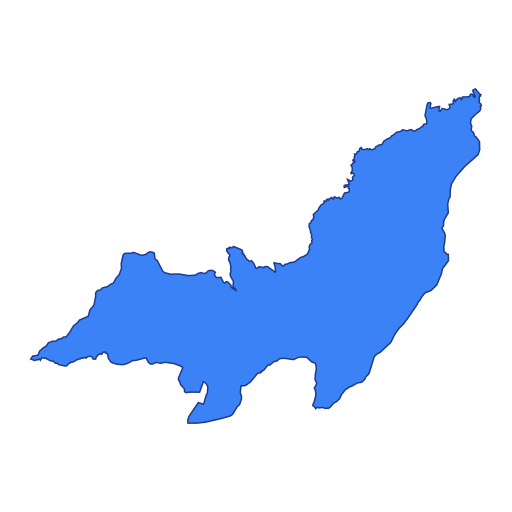 Albania, Santander, Colombia
{"feature_id": "7082276B24505631438522", "entity_name": "Albania", "entity_type": "district", "adm_level": 2, "iso_a3": "COL", "parent_name": "Colombia", "parent_adm1": "Santander", "projection": "albers", "projection_center": [-73.837, 5.791], "detail": "fine", "context": "isolated", "style": "filled", "palette": "blue", "viewbox_px": 512, "rotation_deg": 0, "n_neighbors": 0, "source": "geoboundaries", "source_scale": "gbopen_adm2", "svg_char_len": 6051}
<svg xmlns="http://www.w3.org/2000/svg" viewBox="0 0 512 512"><path d="M424.9,293.0L431.0,290.5L436.7,285.1L441.4,273.8L442.4,268.8L448.5,260.7L448.3,254.3L446.5,254.2L445.6,252.7L444.2,251.7L444.0,250.7L443.8,246.1L444.5,243.6L445.3,235.6L444.6,233.1L441.9,228.2L443.5,225.9L443.7,221.7L444.4,219.4L448.3,212.9L447.7,204.0L448.7,199.4L450.1,196.8L450.4,189.0L451.6,183.7L456.0,176.4L464.5,166.7L478.0,154.7L479.7,149.8L479.5,141.7L476.2,137.1L474.7,136.2L473.6,132.8L471.0,130.1L471.8,126.2L470.5,123.1L471.1,118.9L475.5,114.4L479.8,111.0L480.8,108.4L480.1,107.0L481.3,105.9L480.9,104.1L478.9,102.2L479.5,100.7L479.1,98.5L479.4,96.8L479.6,96.1L480.5,96.1L480.9,94.6L479.7,94.1L475.5,88.9L473.4,89.7L472.7,90.7L475.1,96.2L474.9,97.3L474.2,97.4L472.3,94.2L471.4,94.0L470.3,94.5L469.5,96.4L468.8,96.8L462.4,97.0L461.6,99.6L460.2,97.8L458.6,98.1L456.3,99.9L455.5,101.5L454.7,101.1L454.7,99.7L454.2,99.2L453.2,101.1L453.2,103.6L452.3,104.1L449.2,104.4L449.9,107.7L449.5,108.4L447.3,109.7L442.0,108.5L440.3,111.2L439.2,111.4L438.9,109.9L439.6,106.5L438.8,106.4L430.2,108.4L429.9,107.7L430.9,103.4L430.1,102.5L428.4,102.7L427.7,103.3L427.0,105.2L425.0,115.7L426.4,118.9L426.9,123.1L426.3,123.8L423.7,124.3L422.6,126.5L421.5,126.8L419.4,128.6L417.0,129.5L415.6,130.8L413.4,131.0L411.6,129.7L410.4,129.6L407.0,130.9L402.7,129.7L400.7,131.4L396.5,132.3L393.6,134.9L391.8,135.8L390.0,137.9L387.5,138.8L383.9,141.1L382.1,144.3L381.0,144.9L379.1,144.9L378.4,145.6L375.9,146.6L374.8,148.6L373.0,149.4L371.2,149.7L369.7,148.7L368.4,149.6L367.3,148.7L364.2,149.7L362.1,149.3L361.2,147.5L359.8,148.5L359.2,151.2L357.4,151.7L356.3,154.0L354.5,154.0L354.8,155.9L354.2,157.3L354.4,158.9L352.8,160.1L353.0,160.7L354.5,160.8L354.9,161.9L353.4,162.4L352.3,164.3L351.0,165.1L352.2,167.5L352.3,170.8L350.8,173.1L351.4,173.7L353.2,173.2L354.3,174.5L354.3,175.4L352.5,177.2L352.8,179.9L350.8,181.2L347.5,179.4L349.2,184.2L348.8,184.8L345.4,185.0L344.1,185.7L344.3,187.5L346.9,186.5L348.6,186.7L348.3,188.0L349.1,188.6L349.3,191.3L348.7,192.2L344.5,193.0L342.0,198.2L341.2,198.7L340.1,198.7L339.2,197.3L337.2,198.1L334.6,196.8L334.0,197.1L333.9,198.4L333.4,199.1L332.7,198.9L331.7,197.4L330.5,198.4L329.2,198.6L328.6,200.1L327.4,199.2L326.5,199.5L326.3,201.4L324.2,200.9L323.6,203.5L321.0,205.1L318.8,208.2L318.2,210.0L313.3,214.5L313.9,217.0L313.3,217.8L313.4,219.2L312.6,220.2L312.2,220.0L311.3,220.8L311.0,222.3L309.1,224.0L309.4,225.6L309.0,226.6L310.4,230.2L310.6,232.7L311.6,234.3L311.5,237.4L312.4,239.3L311.7,240.6L312.0,242.8L310.1,244.5L309.1,246.9L309.6,249.1L308.0,252.9L307.3,254.1L304.0,256.3L300.7,257.4L294.6,261.9L289.5,262.8L287.1,264.1L285.1,264.2L283.3,266.0L281.3,265.0L280.4,263.7L277.1,263.5L274.2,262.7L273.9,263.0L275.2,267.1L275.5,271.8L275.2,272.2L267.4,266.5L264.8,266.7L263.5,267.6L261.8,267.0L260.4,267.3L259.3,266.6L256.5,268.5L255.8,268.0L254.0,263.9L251.6,260.7L250.3,261.5L248.4,260.5L245.9,258.2L245.0,256.0L243.9,255.4L243.9,254.1L242.1,253.6L242.1,252.9L242.8,252.1L241.9,249.9L233.6,246.5L231.9,247.8L229.6,247.2L229.2,248.6L228.6,248.1L226.9,248.6L226.6,250.4L227.7,252.6L229.8,254.8L229.8,256.1L229.0,256.8L228.5,260.1L230.0,262.6L230.9,266.7L230.6,268.8L230.9,271.7L230.1,273.9L230.4,276.0L233.5,281.5L232.9,286.7L235.7,289.1L235.8,290.4L231.2,287.3L230.9,285.2L227.7,282.0L226.4,281.6L224.7,283.1L223.5,282.5L220.9,277.3L216.5,277.7L214.3,274.8L215.4,272.2L212.5,270.4L209.2,270.5L208.0,271.0L206.5,272.7L204.4,273.5L200.8,272.7L198.1,273.4L195.7,275.0L194.1,275.3L188.4,275.6L179.1,274.0L170.5,274.2L165.1,272.8L162.9,271.5L157.2,260.5L155.0,258.9L154.3,253.1L152.6,252.3L150.3,251.8L148.6,252.3L145.5,254.5L141.6,255.4L133.5,252.4L130.8,253.2L124.7,253.4L123.3,254.7L122.9,255.9L121.2,263.8L121.5,268.4L119.2,274.6L116.2,278.0L113.3,283.1L110.2,284.5L107.8,286.5L102.5,287.9L100.0,290.1L97.8,290.4L96.4,291.7L95.7,292.9L95.6,296.9L93.9,305.3L89.9,309.9L88.3,316.2L79.4,320.1L77.6,322.6L73.5,325.9L69.4,332.7L66.1,336.9L63.3,337.1L61.6,338.6L58.8,339.0L55.5,341.2L52.1,341.2L50.3,342.4L49.3,342.3L48.3,342.9L46.1,346.2L43.6,347.6L39.6,351.1L37.9,355.2L32.7,356.1L30.7,359.0L34.6,360.5L36.6,359.8L37.7,359.9L38.8,359.1L39.8,359.2L40.3,360.3L42.0,357.8L45.9,358.4L50.4,360.8L53.4,361.2L55.2,363.2L57.2,363.3L58.4,364.5L64.3,365.9L66.7,365.9L67.9,364.3L70.7,362.5L73.5,361.8L78.1,359.1L80.1,359.0L81.1,358.0L82.7,358.3L84.3,357.4L86.0,358.2L87.5,356.7L90.4,356.2L92.0,356.9L93.2,359.1L95.6,359.1L96.5,356.6L98.9,354.3L100.3,353.8L101.4,354.4L102.4,353.5L102.6,352.4L103.9,352.0L105.3,352.0L105.4,353.0L107.5,353.7L108.3,358.2L110.6,361.7L112.0,362.7L116.7,364.2L123.0,364.7L127.4,363.5L132.6,360.6L136.1,360.3L145.3,357.9L146.4,358.5L148.4,362.4L150.6,364.1L153.0,363.9L156.0,362.4L160.7,363.2L165.3,362.3L173.7,363.5L175.7,364.2L181.6,366.5L182.7,367.9L178.5,378.0L178.4,379.9L179.8,382.0L180.7,384.8L184.3,388.7L184.6,391.7L185.8,392.6L190.2,392.1L199.6,392.2L203.3,381.8L204.9,382.4L206.4,384.1L207.9,386.9L207.3,393.2L206.1,395.4L203.6,404.2L198.3,402.6L189.2,416.0L187.9,419.4L187.9,423.1L197.1,423.1L205.3,422.2L221.3,418.5L229.9,416.1L231.6,415.2L232.9,413.9L237.2,406.7L239.4,404.8L240.0,403.6L241.5,398.6L241.4,395.8L240.3,392.7L241.0,385.7L243.5,385.8L245.9,385.3L250.6,381.8L257.5,373.4L260.4,372.8L260.8,372.1L261.3,372.1L261.9,370.7L262.6,370.9L264.1,369.8L268.0,365.0L269.7,365.1L274.3,361.4L276.8,361.1L279.6,358.6L284.5,358.3L293.6,359.6L298.1,357.4L300.6,357.0L306.8,357.3L311.5,361.8L315.2,363.2L316.0,365.4L316.3,369.6L315.4,373.6L315.0,379.6L316.5,382.6L316.6,383.9L314.3,388.2L315.4,390.2L315.9,395.0L314.3,401.4L312.8,405.1L313.3,406.1L315.3,407.5L315.6,408.6L317.0,407.5L319.7,407.9L322.6,407.4L324.8,408.3L328.5,408.3L330.3,407.1L333.9,402.9L336.5,401.7L339.6,398.7L341.4,394.7L345.8,389.1L347.2,388.8L349.0,387.1L351.6,386.3L357.5,382.9L361.6,382.3L364.8,379.3L365.9,376.7L368.3,374.5L369.3,372.7L374.2,356.8L376.9,354.0L380.1,352.4L390.8,342.4L394.7,334.5L398.7,328.7L403.8,323.6L408.9,316.6L417.2,304.4L417.8,302.7L420.1,299.9L421.4,297.3L424.9,293.0Z" fill="#3b82f6" stroke="#1e3a8a" stroke-width="1.5"/></svg>